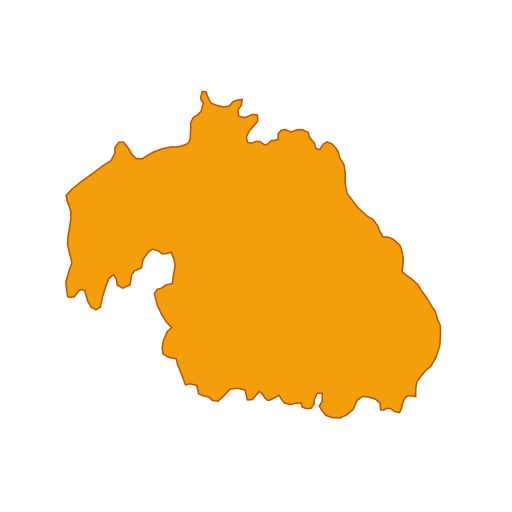 the district of Smarhon, Grodno, Belarus, rotated 282°
{"feature_id": "67162791B9257777977100", "entity_name": "Smarhon", "entity_type": "district", "adm_level": 2, "iso_a3": "BLR", "parent_name": "Belarus", "parent_adm1": "Grodno", "projection": "natural_earth1", "projection_center": [26.399, 54.505], "detail": "fine", "context": "isolated", "style": "filled", "palette": "amber", "viewbox_px": 512, "rotation_deg": 282, "n_neighbors": 0, "source": "geoboundaries", "source_scale": "gbopen_adm2", "svg_char_len": 3069}
<svg xmlns="http://www.w3.org/2000/svg" viewBox="0 0 512 512"><g transform="rotate(282 256 256)"><path d="M109.4,228.4L108.3,233.3L108.3,238.8L105.7,243.3L106.1,249.1L113.0,253.9L120.4,258.4L122.9,265.8L122.5,273.2L117.8,275.5L113.4,277.4L114.7,282.3L120.3,285.1L124.2,287.4L122.5,290.9L119.0,294.2L117.3,297.1L117.7,299.3L122.0,304.8L124.6,307.4L121.2,310.6L118.1,314.5L117.7,320.3L120.3,325.5L121.6,330.3L117.7,332.9L117.2,337.7L118.5,341.6L123.3,343.5L128.5,342.9L134.5,344.5L135.4,349.4L127.6,351.0L122.4,349.0L118.5,352.6L114.6,357.4L113.8,364.2L115.0,371.7L119.4,377.8L126.3,383.0L135.8,384.9L140.9,389.5L141.4,395.0L140.9,402.4L137.9,407.9L131.4,409.9L131.8,412.8L134.0,415.4L134.9,419.3L132.7,423.5L132.7,429.0L137.4,430.0L144.8,430.3L149.1,431.9L150.8,433.9L151.7,438.7L151.7,441.5L155.3,440.7L160.4,439.7L166.9,439.7L173.0,442.5L180.0,446.3L184.1,449.8L194.9,453.3L207.0,454.4L216.3,453.0L226.0,450.9L231.6,447.0L240.0,442.1L242.3,439.3L250.3,432.0L256.8,424.7L261.4,420.5L264.2,416.0L266.5,411.8L267.9,407.9L271.2,402.0L277.2,401.7L280.9,401.1L283.8,400.6L289.8,398.5L296.3,394.7L298.2,391.5L301.0,386.3L301.9,380.7L301.0,376.2L306.1,371.7L310.7,368.9L316.3,362.6L317.7,357.1L320.9,351.8L324.2,345.9L331.2,337.9L336.3,332.0L345.6,328.2L355.8,326.1L363.2,323.3L369.7,317.4L375.8,314.3L379.9,309.4L380.1,309.1L381.8,306.0L382.3,301.5L379.5,298.7L373.4,296.2L373.4,292.4L379.0,289.3L382.7,284.1L387.8,281.3L389.2,274.7L387.8,269.5L384.5,264.3L385.9,258.1L384.1,254.3L379.9,252.2L374.8,253.3L372.9,250.1L372.0,246.7L367.8,244.2L366.4,241.1L368.7,236.3L368.2,232.5L365.4,228.0L365.4,224.2L370.1,221.8L375.6,223.1L382.2,226.3L388.2,229.7L394.2,228.0L393.8,223.1L389.1,216.6L389.1,210.0L395.1,207.9L400.2,210.3L406.3,210.0L404.9,205.8L402.1,201.4L397.0,198.6L395.1,193.1L395.1,187.5L395.6,183.4L396.5,179.6L402.5,175.1L406.2,173.0L405.8,169.2L399.7,168.9L396.5,170.3L395.1,172.7L386.3,172.3L382.1,169.6L378.4,165.8L372.8,164.4L365.8,165.8L357.5,167.2L352.8,166.5L350.5,164.1L347.7,159.6L345.9,154.8L344.9,149.6L341.2,141.7L336.6,134.4L332.8,129.9L327.3,124.4L326.3,118.6L329.6,113.4L334.7,108.9L339.2,103.5L339.8,102.7L338.8,98.3L332.8,95.5L326.8,96.6L318.9,94.2L314.3,89.2L308.4,83.9L301.0,77.5L293.5,70.5L283.1,62.1L275.9,57.6L268.8,60.8L265.3,63.3L261.0,65.6L253.7,67.2L243.4,67.8L235.2,68.1L227.9,69.4L221.4,72.3L211.1,77.4L204.2,76.4L191.2,75.4L183.9,77.7L177.0,80.2L177.0,83.4L178.3,86.6L181.8,88.5L186.1,90.5L186.9,93.0L186.5,95.6L181.3,98.4L177.0,100.7L171.8,105.1L170.1,110.6L173.6,114.4L184.8,114.4L194.2,115.4L203.5,116.8L208.2,120.8L204.2,124.3L198.8,126.3L196.8,132.3L201.5,138.8L211.6,138.3L216.3,140.3L220.4,146.3L229.1,146.3L237.2,149.8L241.2,153.3L240.6,159.8L238.5,163.8L239.9,168.3L241.9,172.3L235.2,176.8L229.8,178.8L220.3,179.3L211.6,179.8L208.9,173.8L204.9,170.3L202.8,166.3L198.1,164.3L187.3,169.8L179.3,175.8L172.5,182.4L168.5,188.4L163.7,184.9L153.6,182.9L146.2,183.4L140.8,185.4L138.8,191.4L138.8,199.4L133.4,201.9L124.6,207.9L115.2,213.9L117.2,218.0L117.2,225.0L109.4,228.4Z" fill="#f59e0b" stroke="#b45309" stroke-width="1.5"/></g></svg>